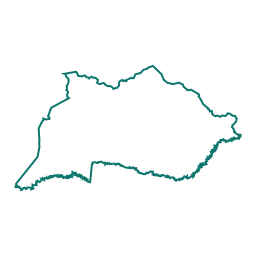 Druvienas pag., Gulbene, Latvia (orthographic projection)
{"feature_id": "27541924B4723463518460", "entity_name": "Druvienas pag.", "entity_type": "district", "adm_level": 2, "iso_a3": "LVA", "parent_name": "Latvia", "parent_adm1": "Gulbene", "projection": "orthographic", "projection_center": [26.23, 57.112], "detail": "fine", "context": "isolated", "style": "outline", "palette": "teal", "viewbox_px": 256, "rotation_deg": 0, "n_neighbors": 0, "source": "geoboundaries", "source_scale": "gbopen_adm2", "svg_char_len": 5864}
<svg xmlns="http://www.w3.org/2000/svg" viewBox="0 0 256 256"><path d="M172.9,84.1L167.3,82.7L163.8,79.8L161.5,74.2L152.8,65.9L147.8,67.8L146.6,69.0L143.5,69.8L140.6,72.9L135.3,74.4L133.8,78.1L132.3,78.3L131.6,77.7L127.1,79.7L126.3,81.1L125.6,81.2L124.9,80.3L123.2,81.1L122.2,79.9L119.5,81.4L118.9,82.9L119.1,84.8L118.9,85.7L117.0,87.9L115.1,88.1L114.2,88.9L113.0,88.6L112.6,87.6L110.7,86.2L107.8,86.0L105.7,85.1L103.8,82.9L99.7,84.1L98.2,83.6L96.9,82.5L97.6,81.6L97.9,79.8L95.2,77.7L93.3,77.8L92.1,76.8L91.0,76.8L89.1,78.5L88.1,77.5L86.3,77.2L85.4,75.7L84.5,75.4L82.1,76.4L78.1,75.8L77.1,72.9L76.0,71.8L64.4,73.8L65.4,74.2L66.3,76.7L68.5,79.1L68.6,82.0L67.7,84.6L66.7,85.8L67.0,88.7L66.3,90.0L67.8,91.4L68.0,92.4L67.1,94.6L67.1,95.6L67.6,97.1L68.9,98.1L51.2,107.8L48.1,116.3L49.4,117.8L49.5,118.9L46.0,119.5L43.3,118.5L43.3,120.5L42.2,121.2L38.7,128.4L39.4,140.8L39.2,143.6L39.4,147.2L37.5,157.0L16.1,183.7L16.2,184.8L15.4,186.9L16.6,187.2L17.5,186.0L18.4,187.1L19.5,186.9L19.6,187.8L21.0,188.7L21.1,190.1L22.3,189.6L22.7,188.4L24.7,187.7L25.9,189.0L26.6,188.8L27.3,187.5L29.5,187.5L31.5,188.1L31.2,189.3L32.8,189.0L33.4,188.3L32.4,187.2L32.5,184.7L33.5,185.3L36.3,185.1L35.8,184.4L36.4,183.9L36.0,183.5L36.4,181.3L37.4,181.8L37.8,180.9L39.6,182.1L41.8,179.7L41.5,179.0L43.1,179.8L43.0,178.5L44.1,179.4L44.0,178.8L44.5,178.1L46.4,178.4L46.7,177.3L47.9,178.7L48.9,178.2L48.5,177.7L49.5,176.3L50.4,176.1L50.2,177.5L50.7,177.7L52.7,176.6L52.2,176.0L53.2,176.0L53.4,176.6L54.6,175.2L55.4,175.8L57.0,175.2L56.7,176.0L57.5,176.8L59.8,177.0L60.2,176.5L59.6,175.8L60.4,175.9L60.5,175.0L61.5,175.1L61.8,175.3L61.3,175.9L61.5,176.4L63.0,176.6L62.5,177.1L63.0,177.9L65.4,177.3L65.8,177.9L67.3,178.0L66.5,177.2L67.0,176.7L66.6,176.4L66.7,175.9L68.1,176.6L68.0,175.9L68.8,175.9L69.6,177.3L70.4,177.0L70.4,176.0L71.5,176.6L71.2,175.8L70.7,175.6L72.2,175.6L71.4,174.6L72.4,173.9L72.4,172.9L73.3,173.4L73.0,172.3L74.6,173.3L75.2,173.1L74.4,174.5L74.8,175.0L76.1,175.1L76.3,174.2L76.8,174.3L77.4,176.3L78.4,176.3L78.0,175.7L78.8,175.7L79.3,174.5L79.7,174.7L79.8,175.8L80.2,176.4L80.2,175.6L81.5,175.3L81.6,175.8L81.2,176.1L81.3,176.6L82.4,177.5L83.3,177.3L83.0,178.4L83.8,177.8L84.0,178.5L84.7,178.1L84.7,178.9L85.3,178.8L85.3,179.5L86.3,178.5L87.1,179.4L86.4,180.1L86.8,180.7L87.6,180.3L87.6,181.3L88.1,181.8L90.1,182.2L91.8,165.7L92.0,164.4L92.4,164.3L92.3,163.4L92.7,162.4L94.7,162.2L97.0,163.0L97.7,162.9L98.0,162.1L99.0,162.4L100.0,161.9L100.3,162.5L100.3,161.9L101.2,161.7L104.5,163.4L105.0,162.9L105.2,164.3L105.6,163.8L106.7,164.0L106.6,163.4L107.6,163.0L107.8,163.5L109.1,163.2L109.1,163.8L109.4,164.1L115.1,163.6L115.8,164.8L117.9,163.6L118.3,164.1L119.3,163.9L120.4,165.5L121.4,165.1L121.8,166.1L122.6,166.0L125.9,167.6L129.4,168.0L129.6,167.3L130.6,168.3L132.2,167.4L133.0,168.1L133.8,167.7L134.4,168.7L134.7,168.2L136.2,168.2L136.1,169.9L137.2,170.2L138.0,171.1L137.9,171.7L138.6,171.7L138.6,172.6L140.7,173.3L141.2,173.0L142.6,174.0L144.8,174.2L146.8,173.3L146.7,172.8L148.3,173.1L149.6,171.8L150.9,171.4L152.0,172.2L152.6,171.9L152.4,172.8L153.8,173.8L153.8,174.7L153.3,174.9L153.9,175.2L155.2,175.3L155.1,174.5L155.7,174.4L155.9,175.0L156.7,174.4L157.6,174.6L157.9,175.7L158.8,175.5L160.1,176.3L160.3,176.2L160.1,175.5L161.8,175.2L161.8,175.7L163.0,175.0L165.4,176.0L165.5,176.6L166.8,176.0L166.6,177.1L166.9,177.3L168.2,177.1L168.2,176.3L168.5,176.2L168.6,176.8L169.6,177.1L169.8,178.1L172.7,177.3L174.0,177.8L174.0,178.6L174.5,178.5L175.1,180.0L176.2,179.8L176.3,180.4L177.2,179.6L178.8,180.1L179.3,179.0L180.0,179.5L180.3,178.9L181.2,179.5L182.3,179.2L183.0,178.6L182.5,178.0L183.3,177.7L184.3,176.3L185.7,177.3L187.0,176.1L187.0,176.8L186.2,177.3L186.5,177.9L187.4,177.5L187.5,178.4L188.3,178.4L191.7,176.2L191.8,175.5L192.7,175.5L192.9,176.3L193.7,174.6L194.0,175.5L194.5,174.2L193.2,174.0L193.7,173.7L193.6,172.8L195.2,172.9L196.2,171.5L196.3,172.1L196.9,172.1L197.1,170.3L198.4,171.1L199.2,170.0L198.2,169.2L198.5,168.2L200.1,167.7L198.9,167.4L198.7,166.2L199.7,166.0L199.8,166.3L199.1,166.7L199.9,167.2L200.4,166.3L201.3,166.2L200.2,164.7L201.3,164.5L200.9,163.7L201.9,163.6L201.6,164.0L202.2,165.3L202.9,164.8L202.6,163.9L202.9,163.5L203.7,165.0L206.4,164.2L205.7,163.2L205.9,162.7L205.3,162.3L206.9,161.2L206.3,160.8L206.3,159.1L208.9,159.2L209.2,158.8L207.9,158.0L207.6,157.1L209.2,157.8L210.6,156.9L209.5,156.3L209.8,155.6L210.4,155.4L211.4,156.2L211.6,154.5L210.9,154.0L211.9,154.3L211.9,153.6L211.6,153.3L212.2,152.9L211.0,152.4L210.9,151.7L211.5,151.5L212.3,152.1L213.2,151.6L212.1,151.1L211.9,150.0L212.4,149.8L214.6,151.4L215.6,151.1L214.6,151.1L214.3,150.2L215.7,150.0L216.3,148.7L214.5,148.9L214.6,148.3L214.2,148.0L215.6,147.1L214.6,145.6L215.5,145.6L216.8,147.0L217.4,145.8L216.7,145.5L217.1,144.5L217.6,144.4L217.4,143.6L217.9,142.5L219.3,142.3L219.3,141.5L219.7,141.2L220.1,142.3L220.7,142.1L220.1,141.3L220.9,140.6L220.9,139.8L222.6,140.0L223.3,139.2L224.2,139.9L224.3,140.8L226.0,140.6L226.0,141.8L227.3,141.3L228.7,141.9L228.0,141.2L228.9,140.2L230.0,139.6L230.5,140.0L230.3,140.5L231.3,140.8L230.9,139.1L231.3,138.7L231.6,139.0L231.6,139.9L232.7,140.1L233.1,139.0L232.5,138.5L233.7,138.3L233.9,137.7L234.2,138.0L233.9,138.6L234.6,139.1L235.1,138.2L236.1,138.9L237.6,137.9L238.9,138.8L239.5,137.7L239.2,137.1L239.7,136.9L239.2,136.3L240.6,135.9L240.6,134.8L237.4,134.5L235.0,132.6L235.0,132.1L234.2,132.0L234.5,131.1L234.0,130.8L233.8,129.4L232.0,127.1L232.5,126.7L232.4,125.2L234.6,123.5L236.3,120.7L236.7,118.4L235.8,117.6L235.2,115.9L232.6,115.8L230.1,113.8L227.9,113.3L225.6,116.0L221.7,115.6L220.3,116.9L217.8,115.6L215.6,116.2L213.4,115.2L212.1,113.6L211.8,111.0L209.8,111.4L209.3,109.5L208.1,109.1L208.1,108.3L203.1,104.1L200.1,98.3L198.6,96.5L199.2,94.9L198.4,94.0L191.1,89.7L189.3,90.3L187.3,89.8L186.9,90.8L187.0,89.8L186.6,89.0L183.8,87.1L182.9,84.6L179.0,82.7L172.9,84.1Z" fill="none" stroke="#0f766e" stroke-width="2"/></svg>